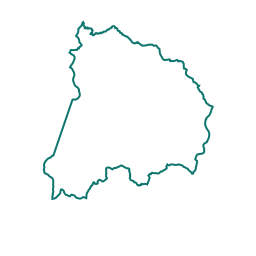 Aoral, Kâmpóng Spœ, Cambodia, rotated 199°
{"feature_id": "14789045B24826472833777", "entity_name": "Aoral", "entity_type": "district", "adm_level": 2, "iso_a3": "KHM", "parent_name": "Cambodia", "parent_adm1": "Kâmpóng Spœ", "projection": "albers", "projection_center": [104.049, 11.778], "detail": "fine", "context": "isolated", "style": "outline", "palette": "teal", "viewbox_px": 256, "rotation_deg": 199, "n_neighbors": 0, "source": "geoboundaries", "source_scale": "gbopen_adm2", "svg_char_len": 5824}
<svg xmlns="http://www.w3.org/2000/svg" viewBox="0 0 256 256"><g transform="rotate(199 128 128)"><path d="M176.4,36.3L174.4,37.6L173.6,38.3L171.0,43.6L170.9,44.2L171.4,47.6L171.3,48.1L170.8,48.3L169.8,48.3L168.9,47.9L168.3,47.6L166.9,45.7L165.0,44.6L164.6,44.5L163.8,44.7L161.4,44.4L160.5,44.6L160.2,45.9L159.9,46.4L159.6,46.6L157.1,46.8L155.6,46.1L154.3,45.3L151.1,45.4L150.4,45.6L149.8,45.9L147.7,48.2L147.2,48.3L144.6,47.9L144.5,48.1L145.4,50.8L145.7,53.2L145.2,54.7L145.1,56.4L144.3,58.2L144.3,59.3L144.1,60.2L143.8,60.6L144.0,61.2L142.9,62.8L143.2,64.1L142.9,65.4L142.7,65.6L142.3,65.5L140.8,64.5L139.7,64.7L138.6,65.8L139.3,67.2L138.7,69.2L138.5,69.5L137.9,69.8L135.8,69.5L134.9,69.1L133.8,69.6L131.6,73.2L131.6,73.8L132.5,74.4L133.1,75.3L133.8,78.2L135.5,82.3L135.5,82.6L135.3,83.3L134.2,84.1L132.1,84.5L130.0,83.9L129.2,83.9L128.5,85.2L127.4,86.0L126.4,86.2L124.9,87.9L123.6,88.8L122.6,90.1L122.1,90.4L120.9,90.4L118.4,89.8L116.6,89.6L115.8,89.6L114.2,90.0L113.4,89.6L113.0,88.5L113.0,87.8L112.3,87.3L111.7,86.0L110.6,84.6L110.8,83.8L110.0,82.7L110.1,81.3L108.7,79.8L108.4,79.6L105.6,79.7L104.8,78.8L104.1,78.7L103.3,79.0L102.1,78.6L100.9,77.4L99.3,77.1L99.2,77.4L98.3,77.5L98.0,78.1L97.4,78.1L97.1,78.3L97.3,79.1L96.9,79.7L96.4,79.6L95.5,79.7L94.0,80.7L93.0,80.7L92.2,81.1L91.6,81.0L91.7,81.5L91.3,82.4L91.5,83.0L91.3,84.1L91.3,87.4L91.4,87.9L91.9,88.5L92.6,89.4L93.0,89.6L92.8,89.8L92.9,90.9L92.7,91.3L92.4,91.6L91.8,91.5L91.5,91.6L91.2,92.0L91.2,93.0L90.7,93.5L90.4,93.4L87.8,94.0L86.5,94.5L84.9,94.7L84.0,95.2L82.7,97.7L81.8,97.9L81.1,98.5L80.8,99.3L80.2,100.1L79.4,100.7L78.7,101.9L78.3,102.4L78.4,103.0L79.2,104.0L78.9,106.3L78.1,106.0L76.8,106.0L75.9,107.3L75.1,107.8L71.0,108.5L69.0,109.5L68.3,110.1L67.6,110.0L65.6,110.3L64.4,110.2L63.0,109.5L60.7,109.3L59.5,108.9L58.3,108.9L56.6,107.7L54.2,106.9L52.7,105.7L51.9,105.9L51.6,106.1L51.5,106.5L51.8,107.2L51.8,107.9L50.9,109.2L50.5,111.3L51.0,112.3L51.0,113.3L51.2,114.5L51.5,118.2L52.1,119.4L53.7,119.9L54.2,120.3L54.3,120.8L54.2,123.9L54.1,124.9L53.8,125.6L49.8,127.8L48.8,128.6L48.4,129.2L48.3,130.9L49.0,132.0L49.1,132.9L49.4,133.6L50.6,134.8L51.2,136.4L51.2,137.0L50.6,138.3L49.9,139.3L48.9,140.1L48.9,141.5L48.6,142.6L48.4,145.4L48.9,148.1L49.5,149.4L50.9,151.3L53.4,153.0L55.7,155.6L56.4,156.9L56.6,157.9L56.9,158.6L57.2,161.0L56.9,161.7L57.2,162.0L57.2,162.4L56.6,164.1L55.3,166.2L54.8,170.5L55.1,172.7L54.7,175.4L54.8,175.7L55.9,175.9L58.3,175.9L59.5,176.2L60.6,176.8L61.8,176.9L62.7,177.9L63.7,178.8L64.3,179.8L65.3,180.0L66.0,180.5L66.3,180.5L66.4,181.5L67.9,184.1L69.0,184.4L69.8,185.6L71.7,185.9L73.0,187.2L73.7,187.5L74.6,188.6L75.3,189.0L75.4,189.4L74.5,190.8L74.5,191.0L75.3,190.6L76.2,191.5L79.3,193.0L80.6,192.7L81.0,192.8L82.8,195.6L87.6,196.2L89.8,197.1L90.6,197.8L91.2,198.9L91.5,200.7L91.3,202.1L93.1,202.7L93.4,202.7L94.2,202.3L94.4,202.4L95.4,204.4L96.1,206.8L96.9,207.4L97.8,208.4L99.7,208.4L99.9,208.3L100.9,208.2L101.4,207.6L102.3,207.4L102.7,208.1L103.8,208.3L104.6,207.5L107.2,205.8L108.5,205.7L109.8,205.0L110.1,205.1L110.7,206.3L111.2,206.2L112.3,205.8L113.3,205.1L114.4,204.8L115.3,204.2L117.1,204.3L119.7,206.6L120.5,207.2L121.4,208.1L122.4,209.5L124.0,213.0L124.8,213.3L125.6,213.4L127.4,214.8L128.0,215.1L128.9,215.0L130.1,214.1L132.2,214.7L132.9,214.5L136.2,213.2L136.9,212.5L140.1,210.9L141.1,210.8L141.6,210.4L143.3,211.1L144.5,211.4L146.6,212.3L147.1,212.3L147.4,211.9L147.3,211.4L148.0,211.3L148.1,211.0L148.4,210.9L148.8,210.4L149.4,210.1L150.1,210.1L150.6,210.3L151.4,210.2L151.9,210.3L154.2,212.1L154.8,212.2L155.5,212.9L156.7,213.1L157.8,213.9L158.7,214.1L159.6,213.8L160.1,214.2L161.8,214.2L162.7,214.5L163.2,214.5L163.5,214.7L163.9,214.5L164.4,215.1L164.4,215.4L164.9,215.6L165.7,215.5L166.6,215.6L166.6,215.9L166.9,216.2L166.9,216.3L167.6,216.8L168.8,216.6L169.6,216.9L170.0,217.5L170.0,217.9L170.5,218.5L171.2,218.7L172.7,218.8L172.8,218.6L173.3,219.4L174.3,219.7L174.8,219.7L175.7,219.2L176.5,217.7L176.2,217.5L178.1,215.4L178.2,214.9L179.3,214.4L180.6,211.8L181.1,211.8L182.4,211.2L182.6,210.6L182.8,210.5L183.2,209.8L183.6,209.7L183.7,209.4L183.9,209.3L184.2,209.5L184.7,209.3L184.9,208.9L185.2,209.0L185.5,208.7L185.6,208.2L186.3,208.0L186.7,207.6L187.1,207.6L187.5,207.3L187.8,207.5L188.7,207.3L189.1,207.4L189.4,207.0L189.3,206.5L189.9,206.1L190.1,205.4L190.5,205.3L190.9,204.4L191.6,204.3L192.1,204.9L194.0,204.7L193.9,205.7L193.4,206.0L193.0,206.4L192.9,206.8L193.2,207.5L193.1,208.4L193.4,208.6L193.9,208.6L194.2,209.0L194.1,209.4L194.8,209.6L194.9,210.0L195.2,210.0L196.9,209.8L197.9,209.2L198.7,209.7L198.8,209.3L198.5,208.9L199.8,208.6L200.5,208.8L201.1,208.5L201.0,209.4L202.1,209.4L202.5,210.0L203.7,210.7L203.9,211.2L203.8,212.5L204.9,213.5L205.3,212.6L205.1,210.9L205.4,209.5L207.2,205.5L207.1,204.8L206.6,204.0L206.3,202.0L206.5,200.2L207.1,198.7L206.9,198.0L205.3,197.4L204.4,196.9L203.5,196.1L202.8,195.1L201.9,193.3L198.9,191.5L198.8,190.9L199.5,189.5L200.1,189.1L200.3,188.7L200.3,187.3L200.9,186.8L201.4,186.9L201.5,185.4L203.5,184.6L204.3,184.1L207.2,183.3L207.5,182.9L207.6,182.2L207.4,181.3L207.4,180.6L207.7,180.2L205.7,179.4L203.1,179.0L201.9,178.1L201.2,176.7L201.0,175.1L201.4,171.2L202.4,167.8L202.6,166.5L200.5,166.0L197.1,162.8L196.3,161.6L195.9,160.3L195.9,157.0L195.5,155.5L194.9,154.3L192.4,151.3L191.1,150.5L189.6,150.1L188.1,149.5L187.0,148.5L186.0,146.4L184.7,144.6L184.2,143.0L184.2,142.1L184.5,140.9L185.5,139.1L186.5,138.1L187.4,137.5L188.9,137.2L189.7,136.7L189.6,77.6L190.6,77.1L191.6,75.1L192.1,74.4L193.4,73.4L194.4,71.6L195.2,69.6L195.6,66.7L195.2,65.2L194.2,63.5L194.1,61.2L193.5,60.6L192.9,59.3L192.0,58.1L190.8,58.2L188.1,57.7L186.5,56.7L183.5,56.1L182.5,55.3L182.0,54.6L181.2,53.0L180.1,49.4L179.5,48.5L178.9,45.0L178.5,44.4L177.9,43.7L177.7,42.4L177.9,41.5L177.8,41.1L177.3,40.7L177.3,39.1L176.4,36.3Z" fill="none" stroke="#0f766e" stroke-width="2"/></g></svg>